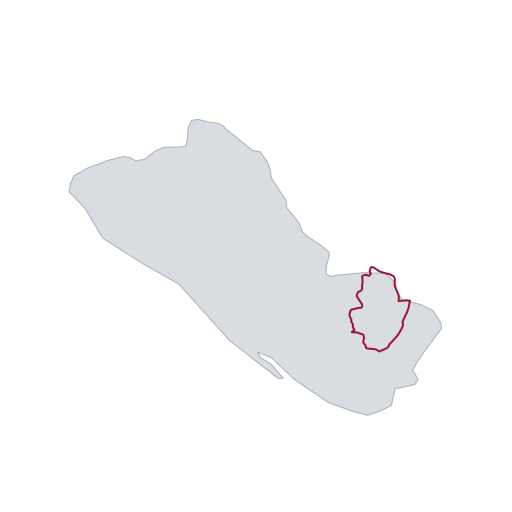 Morazán highlighted on a map of El Salvador, rotated 22°
{"feature_id": "SLV-1351", "entity_name": "Morazán", "entity_type": "Department", "adm_level": 1, "iso_a3": "SLV", "parent_name": "El Salvador", "parent_adm1": "", "projection": "mercator", "projection_center": [-88.158, 13.767], "detail": "fine", "context": "in_parent", "style": "outline", "palette": "rose", "viewbox_px": 512, "rotation_deg": 22, "n_neighbors": 0, "source": "natural_earth", "source_scale": "10m", "svg_char_len": 2740}
<svg xmlns="http://www.w3.org/2000/svg" viewBox="0 0 512 512"><g transform="rotate(22 256 256)"><path d="M180.7,149.9L184.9,150.7L212.8,159.5L221.0,157.8L231.6,164.9L236.6,170.4L241.1,178.0L263.0,193.3L266.8,200.0L283.2,209.0L289.8,215.9L296.8,218.7L310.5,221.4L322.3,225.0L323.7,227.6L324.8,237.8L327.3,246.4L332.9,247.0L339.6,242.8L361.7,231.3L382.5,223.6L394.3,228.2L401.2,237.8L409.2,242.1L425.7,239.4L440.6,240.3L452.4,248.7L455.1,253.6L447.9,281.5L445.3,293.4L444.0,303.5L448.2,306.1L452.4,310.0L451.5,315.5L438.6,324.4L434.6,326.7L437.5,343.9L428.0,354.3L419.2,361.8L403.8,363.8L377.6,364.7L338.2,356.2L309.1,344.6L293.5,344.6L298.4,348.4L310.8,350.8L327.1,359.0L322.4,361.2L263.3,344.3L194.9,310.9L154.0,305.6L107.2,296.8L79.5,275.8L58.7,266.6L56.9,258.6L57.1,249.8L66.5,237.9L84.1,221.9L95.8,213.6L101.2,212.0L108.9,212.8L116.3,208.2L122.7,197.2L129.3,190.0L146.1,182.8L150.0,180.0L148.7,173.8L145.0,161.8L145.6,154.4L151.1,151.0L157.7,150.3L171.4,147.3L177.3,147.9L180.7,149.9Z" fill="#d9dde1" stroke="#a8b0b8" stroke-width="1"/><path d="M368.5,222.6L371.0,222.9L371.4,223.0L375.4,223.9L378.1,224.0L386.8,222.9L391.2,223.2L393.1,224.8L395.5,231.1L397.9,234.0L401.0,236.8L403.7,240.1L405.1,244.3L412.7,240.5L415.2,239.9L415.6,239.9L416.1,243.3L416.8,246.1L417.1,250.9L416.5,261.4L416.5,261.9L416.6,262.4L416.8,262.7L417.6,263.7L417.8,264.1L418.0,264.5L418.1,264.9L418.3,266.0L418.2,269.2L417.7,273.2L416.7,277.8L412.9,287.7L412.6,290.9L411.4,292.8L406.2,298.3L402.6,297.7L400.9,297.9L394.4,299.9L393.2,300.0L392.4,299.9L392.1,299.6L391.8,299.1L391.7,298.8L391.3,298.3L390.8,297.8L388.3,296.3L387.9,296.0L387.7,295.7L387.5,295.3L387.0,292.3L386.8,291.4L386.1,290.2L385.4,289.3L384.8,288.9L384.2,288.7L377.8,289.2L376.8,289.4L376.0,289.7L374.6,290.5L373.7,290.8L373.4,290.6L373.4,290.3L373.6,289.9L374.6,288.6L374.8,288.2L374.8,287.8L374.5,287.3L374.1,286.9L373.0,286.2L372.6,285.9L372.3,285.5L372.2,285.1L372.0,284.7L372.0,284.1L371.6,283.5L371.0,282.7L369.4,281.5L368.8,280.9L368.5,279.9L368.0,279.0L365.8,277.1L365.0,276.1L364.5,275.3L364.2,271.0L364.2,270.6L364.4,270.2L364.7,269.9L370.2,265.9L370.9,265.5L372.2,265.0L372.6,264.8L372.9,264.5L373.2,264.2L373.3,263.7L373.3,263.1L373.0,262.0L372.6,261.4L372.2,260.9L365.9,256.6L364.9,255.8L364.3,255.2L364.2,254.7L364.1,254.3L364.0,252.6L364.2,251.6L364.2,251.3L364.3,251.0L364.5,250.7L365.0,250.1L365.3,249.8L365.7,249.6L366.0,249.3L366.2,248.9L366.4,248.5L366.6,248.1L366.7,247.6L366.7,246.6L366.1,245.2L365.5,243.9L365.2,243.1L365.2,242.6L364.9,241.2L362.9,236.6L362.0,235.3L362.7,234.1L363.8,232.9L365.8,232.0L367.2,232.3L368.3,232.0L369.1,229.7L368.8,229.2L367.3,227.8L367.0,227.2L366.8,223.8L366.9,223.3L368.5,222.6Z" fill="none" stroke="#9f1239" stroke-width="2"/></g></svg>